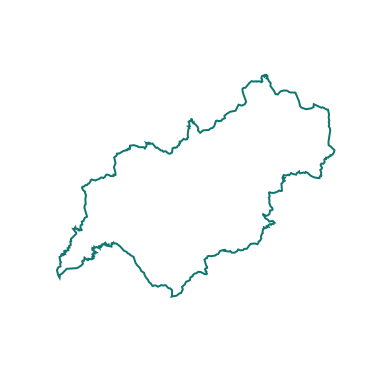 San Jacinto, Bolívar, Colombia, rotated 313°
{"feature_id": "7082276B39027064553052", "entity_name": "San Jacinto", "entity_type": "district", "adm_level": 2, "iso_a3": "COL", "parent_name": "Colombia", "parent_adm1": "Bolívar", "projection": "equal_earth", "projection_center": [-75.131, 9.84], "detail": "fine", "context": "isolated", "style": "outline", "palette": "teal", "viewbox_px": 384, "rotation_deg": 313, "n_neighbors": 0, "source": "geoboundaries", "source_scale": "gbopen_adm2", "svg_char_len": 6047}
<svg xmlns="http://www.w3.org/2000/svg" viewBox="0 0 384 384"><g transform="rotate(313 192 192)"><path d="M319.7,267.7L319.9,262.1L319.4,260.1L321.5,257.8L331.3,251.1L332.6,249.5L333.4,247.1L335.1,246.2L336.8,243.9L337.9,243.7L339.7,241.1L342.1,239.4L345.0,235.3L344.0,233.9L343.1,229.8L341.8,229.0L339.3,221.2L336.9,223.0L334.3,222.0L330.4,219.0L328.5,214.9L328.4,212.7L331.3,208.4L335.2,199.8L331.9,196.1L331.3,194.6L331.1,192.7L329.0,190.0L325.9,188.1L321.8,188.2L320.6,186.3L321.9,182.9L323.0,177.0L325.3,175.3L325.6,172.3L326.2,171.1L326.1,169.5L326.6,169.8L327.1,167.9L327.7,168.5L328.4,167.9L328.4,166.4L327.1,165.3L325.7,166.2L325.5,164.6L324.5,164.1L322.3,165.3L322.2,166.3L321.0,167.1L321.0,167.9L319.8,168.0L318.6,165.3L317.0,164.3L316.8,163.4L315.1,162.1L313.7,160.0L311.0,159.6L304.7,160.0L303.6,158.9L302.1,158.5L300.4,160.0L298.7,162.7L294.9,170.1L292.1,170.7L289.2,169.6L287.6,166.5L281.1,168.4L276.6,165.1L272.7,164.1L269.8,163.8L268.4,165.7L265.8,164.6L264.1,164.9L261.8,162.9L261.2,161.5L260.2,161.1L255.2,163.4L252.7,163.3L251.0,162.1L248.9,162.0L244.8,158.2L240.8,157.6L241.2,154.3L242.6,153.4L243.4,152.0L243.8,148.4L243.4,147.1L244.1,145.9L243.3,145.9L243.2,145.2L244.9,142.7L245.1,142.0L244.6,141.8L243.2,143.0L242.3,141.8L240.9,141.7L240.5,143.2L239.3,144.1L238.5,145.5L237.4,144.6L237.5,145.7L237.0,146.5L236.6,146.1L234.9,146.9L231.3,149.5L229.1,151.9L228.0,151.8L227.4,152.5L225.9,151.5L225.1,149.6L221.7,149.6L220.4,148.6L219.3,150.1L218.4,149.8L217.3,150.6L216.1,150.1L214.5,150.5L212.8,149.6L212.4,148.6L210.7,148.0L207.1,150.5L204.9,149.7L204.1,148.5L203.8,144.8L202.0,143.7L202.0,141.8L201.2,141.0L200.8,136.2L200.0,135.9L199.8,135.2L200.5,130.0L199.4,129.2L199.0,127.9L198.5,128.1L198.6,126.7L198.0,126.4L197.2,126.9L196.6,125.0L196.2,126.0L194.5,127.4L191.7,127.8L191.9,126.2L188.4,122.4L188.3,120.9L186.5,117.4L183.6,115.1L181.3,117.1L180.7,116.2L180.0,116.6L179.7,115.8L178.3,116.0L178.0,115.2L177.1,115.2L175.3,113.8L170.7,112.6L168.8,110.9L167.4,112.0L164.2,111.5L160.9,116.5L157.0,117.9L153.8,123.0L152.2,124.4L151.1,122.8L150.1,123.7L148.7,122.3L148.1,121.4L147.8,119.6L146.8,118.0L146.0,117.5L143.2,118.0L141.7,117.6L141.3,116.4L140.2,115.4L138.9,115.4L134.5,113.4L132.7,110.1L131.6,109.8L130.7,110.5L128.0,110.9L127.4,110.4L125.4,110.4L124.4,109.4L122.6,109.4L121.2,108.3L120.2,108.5L119.8,109.3L119.1,111.4L119.3,113.4L117.8,115.4L117.4,116.7L114.1,118.8L110.5,122.6L109.5,122.5L107.2,123.9L102.4,132.1L99.8,131.2L96.9,132.4L95.2,131.6L93.4,134.0L91.8,133.3L91.1,133.6L89.4,135.4L89.0,137.2L88.7,137.2L87.6,135.1L87.3,136.0L86.8,135.7L86.6,134.6L87.1,134.2L87.1,133.5L85.8,132.0L86.7,130.7L84.6,131.0L84.0,130.3L83.2,134.9L82.5,135.8L75.0,135.5L73.6,137.3L72.8,136.8L70.5,139.5L68.6,138.9L67.8,140.3L66.2,139.4L65.1,141.3L62.4,139.2L61.9,139.5L62.1,140.6L61.5,140.5L61.2,139.6L60.2,141.4L59.8,140.6L59.3,141.2L58.1,140.9L58.4,139.7L58.0,139.1L57.0,139.1L56.2,140.1L54.2,139.4L51.5,142.8L51.3,144.1L49.9,144.3L47.8,146.6L45.8,145.6L42.8,146.5L40.0,150.7L39.0,153.6L41.4,151.9L43.6,152.6L50.4,152.8L58.0,159.9L62.4,161.1L65.2,161.2L66.3,159.1L67.0,158.9L68.2,159.9L70.7,158.2L71.0,162.1L71.5,162.5L72.5,161.8L74.4,164.6L76.1,165.1L76.0,163.9L76.6,163.3L78.7,165.0L78.2,164.0L78.4,161.7L79.6,161.6L80.4,162.7L81.1,161.8L82.0,162.4L81.6,163.0L82.6,163.5L81.8,158.8L82.8,158.9L82.6,157.6L83.1,157.3L83.3,158.2L83.9,158.7L85.2,157.9L85.2,159.1L86.6,159.7L87.1,161.2L87.9,161.0L87.8,162.8L89.0,161.5L89.7,162.9L90.1,162.7L89.7,161.8L90.1,161.6L91.1,162.1L91.2,162.7L92.7,162.1L93.8,163.8L94.1,162.9L95.8,163.2L95.2,165.5L94.5,165.3L94.3,165.8L95.0,166.8L95.5,166.0L96.8,166.7L95.8,168.1L97.1,170.3L99.6,168.2L100.0,168.3L100.1,169.3L101.6,169.1L101.5,170.5L102.6,171.5L102.9,172.5L103.2,176.5L102.7,182.3L103.6,185.2L103.3,186.8L104.0,188.4L103.8,189.9L104.7,193.6L101.7,198.9L101.0,202.0L100.9,205.6L99.6,208.8L100.2,212.1L98.8,214.2L98.0,217.1L97.7,219.9L96.8,221.7L97.0,224.3L96.3,227.2L98.4,228.5L99.2,229.9L99.5,231.7L102.9,233.0L103.6,234.3L105.9,236.3L105.6,240.5L106.7,241.9L106.6,244.4L102.8,247.9L101.6,248.4L105.8,251.5L109.3,252.0L110.7,252.9L114.6,251.6L115.8,249.4L119.5,249.8L122.3,248.9L126.0,250.6L128.5,249.1L130.8,249.9L131.5,249.3L134.0,249.5L135.7,250.7L137.8,250.9L139.4,252.9L140.6,257.2L141.2,257.5L141.4,258.4L142.4,258.6L142.5,257.8L143.5,257.1L143.4,255.9L144.0,255.6L144.3,254.2L145.3,254.0L146.8,254.8L147.5,254.1L148.0,252.3L151.0,247.3L153.1,247.4L153.8,248.1L155.5,247.2L157.0,248.1L158.0,249.7L161.4,252.3L163.0,252.5L164.4,253.4L167.9,252.8L170.8,254.3L172.3,255.7L172.0,256.7L171.5,256.6L173.8,259.8L174.9,260.1L174.8,262.5L176.8,264.6L179.7,265.3L181.5,265.0L182.4,267.3L184.4,269.0L186.0,269.0L187.9,270.8L193.9,270.2L197.1,272.9L198.5,275.5L200.4,275.2L201.1,274.5L202.8,275.0L205.1,274.5L206.6,272.7L209.6,271.5L210.2,271.8L211.2,270.6L213.8,269.1L214.6,269.7L215.2,268.9L215.5,270.0L216.3,270.6L217.1,270.2L217.4,270.8L218.0,270.1L218.8,271.6L219.1,270.5L221.3,270.7L222.0,271.4L222.0,272.2L223.5,272.3L224.2,273.4L225.1,272.9L225.8,273.3L225.9,270.7L223.1,268.7L223.5,266.8L222.8,263.4L223.4,262.5L223.8,259.5L224.3,259.2L225.1,262.4L226.9,263.5L229.1,263.5L231.6,261.7L233.3,262.9L234.2,262.9L235.1,261.5L235.1,259.2L236.8,255.8L238.7,254.5L240.3,252.0L241.6,252.0L244.0,248.8L244.7,248.9L245.5,250.6L247.2,252.5L250.0,254.1L252.5,254.7L253.1,256.2L254.3,256.9L259.1,251.7L260.3,252.0L262.3,251.2L262.6,252.0L263.3,252.2L263.5,250.4L265.5,250.1L264.5,248.8L263.6,249.4L264.0,248.5L266.9,247.5L268.2,249.6L270.2,250.5L270.6,251.7L273.5,251.6L274.1,253.8L275.7,256.3L277.2,255.8L280.0,256.4L279.3,257.2L279.5,258.4L282.4,260.4L283.0,261.7L284.2,261.5L284.8,263.3L284.9,267.7L285.3,269.3L286.4,272.1L289.0,275.7L290.6,274.8L291.5,275.6L292.3,275.4L292.7,274.3L294.3,273.4L295.7,270.7L297.1,271.1L298.4,270.6L299.3,267.8L300.4,267.3L301.1,267.3L302.2,268.8L303.0,268.8L304.3,268.6L306.0,266.6L306.7,266.6L307.6,267.5L308.5,266.6L310.1,268.2L310.9,267.9L312.7,268.8L313.2,268.1L315.1,269.3L318.1,268.7L319.7,267.7Z" fill="none" stroke="#0f766e" stroke-width="2"/></g></svg>